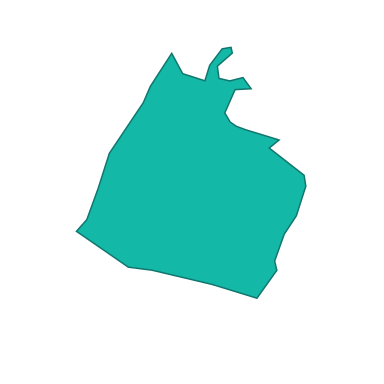 outline of Pulaski, Virginia, United States of America, rotated 324°
{"feature_id": "52423323B50424671887039", "entity_name": "Pulaski", "entity_type": "district", "adm_level": 2, "iso_a3": "USA", "parent_name": "United States of America", "parent_adm1": "Virginia", "projection": "robinson", "projection_center": [-80.648, 37.062], "detail": "fine", "context": "isolated", "style": "filled", "palette": "teal", "viewbox_px": 384, "rotation_deg": 324, "n_neighbors": 0, "source": "geoboundaries", "source_scale": "gbopen_adm2", "svg_char_len": 604}
<svg xmlns="http://www.w3.org/2000/svg" viewBox="0 0 384 384"><g transform="rotate(324 192 192)"><path d="M300.5,143.2L300.5,129.4L287.8,124.3L280.6,115.9L286.5,105.1L306.3,103.3L308.6,97.9L300.6,93.9L280.8,99.9L267.8,109.6L254.0,90.8L257.1,67.9L220.5,82.0L205.1,91.1L147.9,112.1L118.1,134.0L90.7,152.5L75.4,155.9L85.4,184.3L96.3,215.4L113.5,231.6L154.0,278.7L182.1,316.1L214.6,305.2L218.3,296.4L241.9,280.3L262.4,272.6L287.5,254.2L292.5,244.4L280.3,201.8L293.0,201.1L272.0,173.2L266.4,164.8L264.0,157.8L265.0,147.3L287.0,134.5L300.5,143.2Z" fill="#14b8a6" stroke="#0f766e" stroke-width="1.5"/></g></svg>